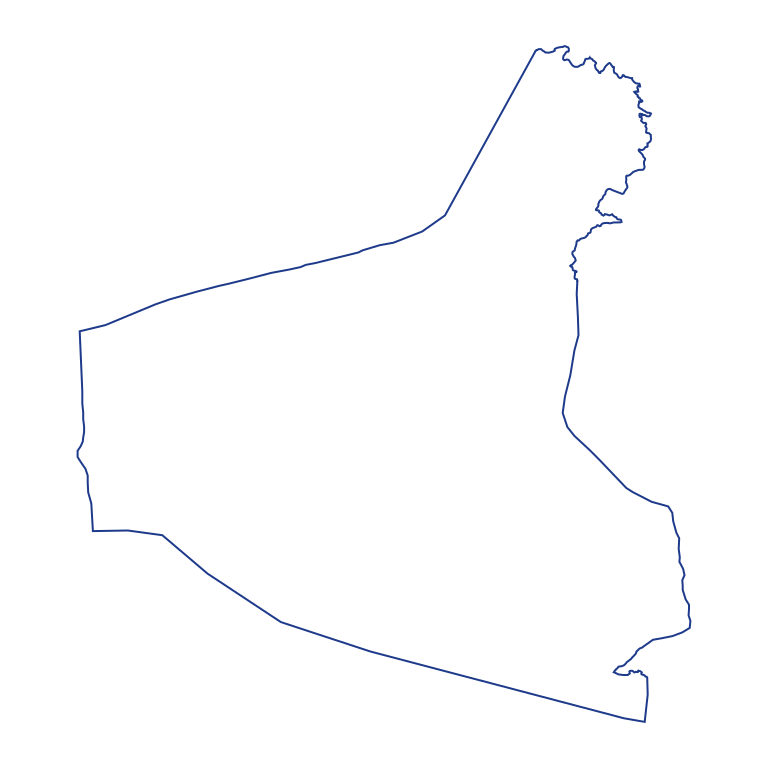 Yahukimo, Papua, Indonesia
{"feature_id": "22746128B87177062694316", "entity_name": "Yahukimo", "entity_type": "district", "adm_level": 2, "iso_a3": "IDN", "parent_name": "Indonesia", "parent_adm1": "Papua", "projection": "albers", "projection_center": [140.01, -4.389], "detail": "fine", "context": "isolated", "style": "outline", "palette": "blue", "viewbox_px": 768, "rotation_deg": 0, "n_neighbors": 0, "source": "geoboundaries", "source_scale": "gbopen_adm2", "svg_char_len": 5964}
<svg xmlns="http://www.w3.org/2000/svg" viewBox="0 0 768 768"><path d="M370.4,651.5L623.6,718.2L644.7,721.9L647.7,694.6L647.2,677.3L646.4,676.7L645.4,676.5L644.6,675.4L643.5,674.9L642.3,674.7L641.5,674.2L641.3,673.7L641.8,672.6L641.5,672.1L640.6,671.4L638.5,670.6L638.2,670.7L638.1,671.6L637.9,672.0L637.4,672.1L635.7,671.8L634.6,672.4L634.0,672.3L633.0,671.2L632.2,670.8L630.6,670.8L629.8,671.0L629.4,671.6L629.8,673.5L628.5,674.3L627.8,675.0L623.3,675.0L618.5,674.4L614.8,672.6L613.8,672.3L614.8,670.6L615.4,670.4L616.0,669.3L617.4,668.2L618.5,666.7L620.3,666.3L621.5,666.3L623.9,665.3L625.0,664.4L626.9,662.1L631.1,658.9L632.3,657.3L633.0,656.7L635.5,654.0L636.2,652.9L636.3,651.8L636.8,651.1L637.7,650.5L638.6,649.4L639.9,648.4L642.3,647.5L643.2,646.7L652.9,639.8L661.4,638.3L672.4,636.1L682.3,632.4L689.7,627.9L690.4,620.9L688.6,615.4L689.0,609.1L689.0,604.7L685.7,599.5L682.7,589.9L682.7,585.5L682.3,580.3L684.5,575.1L683.1,568.8L679.4,561.8L679.8,557.4L678.7,548.9L679.2,538.3L676.4,532.8L673.2,521.2L672.3,512.9L668.2,506.4L651.6,501.8L632.7,492.1L626.3,488.0L598.9,459.3L589.7,450.1L574.4,435.9L567.4,427.1L562.7,413.0L565.0,396.4L570.3,375.3L574.4,350.5L578.5,335.2L577.9,316.9L576.7,294.0L577.3,281.9L577.0,281.2L577.2,280.6L577.4,280.6L577.3,280.1L577.0,279.3L575.2,278.9L574.7,278.2L574.5,277.3L575.0,274.3L574.9,272.8L575.1,272.6L576.4,272.1L576.6,271.7L576.4,271.3L575.3,270.9L573.3,270.4L572.8,269.9L572.4,267.3L572.0,267.0L570.6,266.5L570.2,265.9L571.0,265.1L572.1,264.8L575.7,260.6L575.0,258.0L573.7,256.6L572.3,253.9L572.5,252.2L573.2,251.3L574.1,250.9L574.7,250.3L575.0,248.6L576.3,244.7L576.6,241.8L577.6,240.4L578.4,240.6L579.2,240.3L579.9,239.3L580.9,238.7L584.1,237.9L585.5,237.3L586.1,236.7L586.4,236.1L587.1,235.7L587.7,234.9L587.8,234.0L588.1,233.4L589.6,233.0L590.5,232.4L591.0,229.7L591.5,228.9L592.5,228.2L596.4,226.6L597.3,225.2L598.3,225.4L599.6,226.2L600.7,225.9L601.1,224.9L601.9,224.0L602.9,223.4L603.9,223.1L607.2,222.9L608.5,223.0L609.3,223.3L610.2,223.3L613.5,222.5L620.1,222.4L621.5,222.0L621.2,220.2L620.8,219.8L619.9,219.5L618.1,219.4L617.4,219.1L616.5,218.0L616.4,217.3L614.7,216.8L612.8,215.2L612.3,214.3L609.3,215.4L606.5,214.4L604.9,214.1L604.5,214.9L603.4,215.6L602.5,214.9L601.6,214.7L601.3,213.7L600.7,213.0L599.9,212.7L599.3,212.3L599.1,211.1L598.6,210.4L596.6,210.3L596.0,210.0L596.1,209.1L598.0,206.7L598.4,205.5L598.3,204.1L599.4,201.4L600.6,200.0L602.1,199.0L602.8,197.8L603.2,196.4L603.8,195.5L605.3,194.2L605.6,192.1L606.6,190.3L607.7,189.3L609.1,188.9L610.3,189.0L612.3,190.1L622.2,193.9L623.5,193.5L625.0,190.8L627.1,187.9L627.4,187.1L627.3,186.0L626.8,185.0L626.6,183.8L625.9,182.5L626.3,179.7L626.2,176.3L626.7,175.7L628.3,175.6L629.8,175.0L630.9,174.1L633.4,171.8L638.7,169.9L642.8,169.8L643.9,168.9L644.4,167.8L644.6,166.9L644.0,164.1L644.0,162.1L644.2,161.1L645.0,159.9L645.1,158.8L644.7,158.2L643.5,157.0L642.8,155.3L642.1,154.2L639.1,151.2L638.7,150.5L638.7,149.9L638.8,149.6L639.3,149.3L641.3,150.1L642.4,150.0L644.0,149.1L645.3,147.2L646.8,147.0L647.4,146.7L647.7,146.1L647.3,145.2L647.7,144.4L647.4,143.4L648.5,142.8L650.4,141.3L651.1,138.7L650.8,136.8L650.8,134.9L648.8,133.1L646.7,132.9L646.0,132.2L646.3,131.4L646.2,130.1L646.6,128.7L646.4,128.0L645.4,126.3L645.5,125.6L646.2,124.5L646.0,123.3L645.3,122.9L644.0,123.0L643.4,122.9L641.5,121.2L641.1,120.7L641.9,119.0L641.8,118.1L641.0,117.1L640.1,117.2L639.8,117.0L639.5,116.3L639.4,115.7L639.6,113.9L640.3,113.7L641.4,114.0L642.3,114.1L642.3,114.4L641.6,115.2L641.6,115.7L643.2,115.0L644.7,115.0L645.3,115.2L646.7,116.2L648.8,116.4L649.7,116.0L650.3,115.1L651.0,113.5L650.8,113.3L650.0,113.2L649.3,112.8L647.6,112.7L646.9,112.5L644.8,111.1L643.0,110.2L641.8,109.1L640.7,108.7L638.6,107.2L638.4,104.9L639.0,103.2L639.4,102.6L639.0,102.0L639.0,101.5L639.5,101.4L640.4,102.0L641.6,101.8L642.3,101.4L642.3,100.8L642.0,100.4L640.7,99.8L640.3,99.3L640.1,98.5L639.2,98.3L638.7,97.2L637.7,96.8L637.6,96.5L637.8,95.6L637.7,95.1L636.2,94.1L634.2,91.9L634.5,91.7L635.5,92.2L636.2,91.4L637.1,91.9L638.3,91.6L638.3,91.3L637.9,90.5L638.1,89.3L637.3,88.0L637.3,87.5L637.7,86.3L638.3,85.8L638.6,85.8L639.6,86.6L640.1,86.5L639.9,85.1L639.4,83.7L636.2,83.4L634.1,82.0L632.4,79.9L632.1,79.2L632.1,78.1L630.6,78.1L626.6,76.9L625.6,77.0L624.9,76.5L624.1,75.5L623.5,75.2L622.9,75.1L622.6,75.4L622.8,76.1L621.0,77.8L620.2,78.1L619.3,77.7L618.3,76.8L617.0,74.4L616.4,73.9L614.2,72.6L613.7,70.0L614.0,67.1L613.7,66.9L613.2,67.1L612.7,67.0L610.4,63.6L609.6,63.0L609.1,63.1L608.5,63.5L605.8,66.0L604.9,67.3L603.7,69.7L602.7,70.7L600.5,71.6L600.4,71.8L600.6,72.4L600.3,73.0L600.0,73.1L599.0,72.8L597.6,70.3L597.0,70.1L596.0,68.9L595.5,67.9L594.9,65.3L595.1,64.8L596.1,63.2L596.0,62.7L595.6,62.6L594.9,61.6L592.9,60.3L592.3,59.2L590.9,58.6L590.4,58.1L590.1,58.3L589.7,58.2L589.6,57.7L589.0,58.5L588.4,58.7L586.1,58.9L585.2,59.4L585.1,60.4L583.9,62.9L583.8,63.6L582.9,64.5L581.0,64.9L578.4,66.5L577.2,66.9L575.0,66.8L573.9,66.4L572.6,65.5L571.8,64.6L568.7,59.9L566.8,59.5L565.2,60.1L564.4,60.2L563.6,59.7L563.1,59.0L563.3,56.9L563.6,55.8L565.0,54.1L565.7,52.8L566.8,51.7L567.2,51.6L568.1,51.7L568.8,51.0L568.8,48.7L568.4,47.9L567.9,47.2L567.0,47.0L565.8,46.4L564.9,46.3L564.4,46.1L562.6,47.0L561.4,46.9L560.6,47.2L560.0,47.2L557.6,47.7L555.3,48.6L554.8,48.9L554.5,49.9L554.8,50.3L554.7,50.7L552.8,51.7L548.8,52.7L545.5,52.5L543.8,51.2L542.4,50.5L541.7,49.6L541.0,49.1L538.7,49.1L537.3,50.0L536.5,50.0L536.3,50.5L535.4,51.0L535.1,51.8L445.0,215.4L422.2,231.5L393.5,242.7L379.7,245.2L362.7,250.3L358.3,252.5L315.1,263.1L305.7,264.9L300.8,267.0L290.0,269.4L271.2,272.9L248.2,278.9L228.4,283.8L219.0,285.9L197.4,291.5L169.9,299.3L155.3,304.4L105.4,325.1L79.7,331.3L82.3,391.1L82.3,403.5L83.2,412.3L83.2,419.0L84.1,426.5L84.1,432.2L83.1,438.2L82.8,441.5L80.6,446.4L77.6,450.8L77.6,457.0L80.7,461.9L85.5,468.9L87.7,475.5L87.7,482.6L88.2,492.4L91.3,503.4L92.9,531.1L127.8,530.5L162.3,535.2L207.5,573.6L280.9,622.1L370.4,651.5Z" fill="none" stroke="#1e3a8a" stroke-width="2"/></svg>